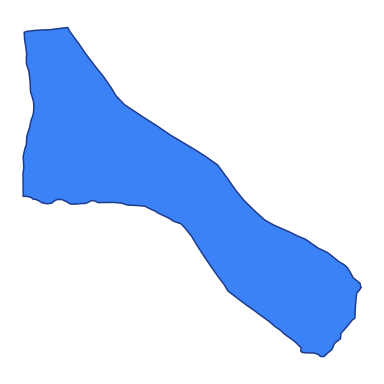 Storuman, Västerbotten, Sweden (Mercator projection)
{"feature_id": "70781695B25837784643259", "entity_name": "Storuman", "entity_type": "district", "adm_level": 2, "iso_a3": "SWE", "parent_name": "Sweden", "parent_adm1": "Västerbotten", "projection": "mercator", "projection_center": [16.034, 65.448], "detail": "fine", "context": "isolated", "style": "filled", "palette": "blue", "viewbox_px": 384, "rotation_deg": 0, "n_neighbors": 0, "source": "geoboundaries", "source_scale": "gbopen_adm2", "svg_char_len": 1834}
<svg xmlns="http://www.w3.org/2000/svg" viewBox="0 0 384 384"><path d="M67.8,27.5L57.4,28.7L49.3,29.8L42.9,29.9L35.0,30.4L26.8,31.4L24.2,32.3L24.5,38.1L25.1,42.8L25.6,46.0L26.7,53.6L26.3,57.8L26.5,64.1L28.9,71.4L30.1,81.6L30.5,91.7L31.8,95.7L33.5,101.6L33.8,106.2L33.6,112.1L32.4,117.0L31.4,119.0L30.3,123.7L29.5,127.9L28.4,131.0L26.8,136.3L26.3,144.8L24.9,148.6L24.0,152.7L23.2,156.3L23.8,168.1L23.0,172.9L23.2,196.3L27.1,196.4L31.2,197.4L33.3,199.3L35.5,199.3L38.3,200.5L42.4,202.9L47.4,203.8L51.9,203.1L54.1,201.0L57.2,199.5L61.7,199.5L66.0,201.4L68.9,203.1L70.8,204.1L76.0,204.1L81.1,203.6L85.8,203.4L88.9,201.9L91.8,200.5L95.4,201.2L98.0,202.6L112.8,202.4L121.4,203.1L127.4,205.0L137.2,205.5L144.8,206.2L149.6,208.6L154.8,211.0L159.1,213.6L168.0,217.7L173.7,221.3L181.1,223.9L185.6,228.7L191.6,236.3L196.1,243.9L202.8,254.4L210.7,266.1L218.3,276.9L224.1,284.5L227.9,291.0L232.9,294.8L237.9,298.6L245.1,304.1L253.9,310.3L261.3,315.8L269.2,321.5L274.9,326.5L280.9,330.6L284.0,333.7L289.9,338.0L294.5,341.3L300.0,346.6L301.2,348.0L300.7,350.9L301.9,352.3L305.5,352.8L313.6,353.0L317.9,354.2L320.6,356.5L321.3,356.5L324.1,356.5L327.8,352.9L331.9,349.6L334.5,343.5L337.2,341.2L340.4,338.9L341.1,333.1L346.1,327.7L349.2,323.9L352.4,319.8L354.8,318.3L355.1,314.1L355.4,306.6L356.2,297.5L356.8,292.9L359.5,290.1L361.0,287.6L360.9,287.6L360.0,283.2L357.9,281.5L353.1,277.7L350.4,272.5L347.4,267.7L344.3,264.8L339.1,261.8L327.6,252.6L318.1,248.1L305.9,239.5L297.4,235.9L289.6,232.0L282.7,229.0L273.8,225.1L264.6,219.9L254.5,210.7L244.3,200.8L235.5,190.0L231.2,183.8L226.9,177.6L222.0,171.0L217.8,165.1L204.3,155.6L193.8,149.0L171.3,135.6L155.6,125.0L142.4,116.6L133.6,110.7L124.4,104.6L116.0,95.8L111.4,88.1L103.4,76.5L96.1,67.5L85.6,53.7L78.9,43.8L73.6,36.7L69.0,30.2L67.8,27.5Z" fill="#3b82f6" stroke="#1e3a8a" stroke-width="1.5"/></svg>